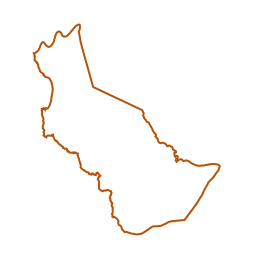 outline of Cachoeira do Arari, Pará, Brazil, rotated 356°
{"feature_id": "56859067B80263918367738", "entity_name": "Cachoeira do Arari", "entity_type": "district", "adm_level": 2, "iso_a3": "BRA", "parent_name": "Brazil", "parent_adm1": "Pará", "projection": "natural_earth1", "projection_center": [-48.919, -0.814], "detail": "fine", "context": "isolated", "style": "outline", "palette": "amber", "viewbox_px": 256, "rotation_deg": 356, "n_neighbors": 0, "source": "geoboundaries", "source_scale": "gbopen_adm2", "svg_char_len": 5376}
<svg xmlns="http://www.w3.org/2000/svg" viewBox="0 0 256 256"><g transform="rotate(356 128 128)"><path d="M209.8,182.9L210.5,182.2L211.9,180.2L212.5,179.5L214.2,177.8L215.2,176.3L216.1,174.7L216.3,173.8L216.8,173.1L216.7,172.1L215.7,171.0L213.9,170.4L213.1,170.3L211.3,169.9L210.2,169.8L209.3,169.8L208.4,169.8L206.4,169.9L205.4,170.3L204.4,170.2L202.6,170.4L201.6,170.6L200.7,170.7L199.9,170.6L199.1,170.6L197.6,170.7L196.8,170.7L195.9,170.6L195.2,170.4L194.3,170.3L192.7,169.7L191.3,168.9L190.4,168.4L189.7,168.1L188.8,167.4L188.0,166.9L187.4,166.2L186.7,165.6L185.0,164.8L184.0,164.4L183.1,164.5L182.3,164.6L181.4,164.9L180.7,164.8L180.1,163.8L179.3,163.0L177.6,162.9L175.9,163.6L175.3,164.3L174.1,165.1L173.3,163.5L173.6,162.7L174.3,162.0L174.9,161.9L175.5,161.3L175.7,160.4L175.4,159.6L174.9,159.1L173.9,159.3L173.2,160.0L172.6,159.4L172.5,158.2L172.4,156.9L172.6,155.8L173.6,155.9L174.3,155.4L174.1,154.5L173.3,153.8L172.2,153.1L171.5,152.6L171.2,151.7L171.1,150.8L170.8,149.9L169.8,149.6L168.9,149.1L168.1,148.4L167.4,148.4L166.6,148.8L165.7,148.8L165.3,147.6L164.7,146.8L164.0,146.3L163.2,145.8L162.1,145.2L161.3,145.1L160.3,145.4L158.8,145.3L158.1,144.8L157.5,143.8L157.1,142.6L156.9,141.4L156.7,140.5L155.2,139.1L154.8,138.4L155.3,137.6L155.4,136.6L154.3,135.1L153.6,134.4L153.2,133.2L152.7,132.5L152.3,131.7L152.2,130.6L151.9,129.9L151.4,129.3L151.2,128.6L150.7,127.8L150.2,126.6L149.8,125.9L149.5,125.2L149.4,124.4L148.6,123.6L147.9,123.5L147.2,123.1L146.8,122.4L146.4,121.6L146.1,120.9L145.5,120.4L145.0,119.6L144.4,117.5L144.0,116.8L144.2,115.6L144.7,114.6L144.4,113.5L144.1,112.9L143.7,112.0L143.4,111.2L97.9,85.7L96.1,84.7L93.3,71.2L87.8,44.4L86.7,38.3L85.8,29.6L85.5,28.3L86.3,27.2L86.7,26.0L87.1,24.3L87.2,22.4L86.8,21.6L86.0,21.3L85.2,21.5L84.3,21.9L82.5,23.1L81.8,23.9L79.3,26.4L76.4,29.6L74.5,31.1L73.7,31.8L72.9,32.2L72.0,32.4L71.3,32.4L70.2,32.2L69.4,31.7L68.9,31.0L68.5,30.2L68.4,29.4L67.9,28.7L67.4,27.9L66.6,27.2L65.8,26.9L64.9,27.1L63.4,28.2L62.8,29.2L61.9,31.1L61.6,32.1L61.1,33.2L60.5,35.3L59.8,37.1L58.5,38.9L57.8,39.7L57.4,40.4L55.5,41.5L54.8,41.6L53.8,41.3L52.6,40.4L51.8,39.5L50.8,37.8L50.1,36.8L48.9,36.5L48.2,36.8L47.7,37.4L46.2,39.9L45.6,41.7L44.2,44.0L42.9,45.3L40.1,46.9L39.2,46.9L39.9,48.7L39.6,49.5L40.1,50.4L39.9,51.2L39.7,52.0L39.9,52.9L39.5,53.6L40.1,54.6L40.5,55.2L41.2,55.5L41.7,56.0L41.8,57.1L42.5,57.6L42.7,58.4L42.7,59.2L42.9,60.4L42.9,61.5L43.5,62.5L43.9,63.3L44.0,64.3L44.2,65.1L44.8,66.1L45.5,66.6L46.3,67.0L47.0,67.9L47.7,68.6L47.4,69.4L48.4,70.1L48.6,70.9L49.3,71.3L50.2,71.7L51.4,71.9L52.3,72.5L53.2,73.3L53.8,74.7L54.2,75.5L54.8,76.9L55.1,77.9L55.1,78.7L55.6,82.1L55.7,83.2L55.5,85.4L55.1,86.7L54.9,88.0L54.6,89.1L54.3,90.0L53.9,91.5L53.6,93.3L53.1,95.5L51.8,99.1L50.7,101.1L49.9,102.1L49.2,103.0L48.4,103.0L47.6,102.4L47.1,103.1L46.7,103.9L46.3,103.0L45.6,102.5L45.4,103.5L44.6,103.3L43.9,102.6L43.2,103.0L43.7,104.0L43.1,104.8L43.4,106.4L43.3,107.3L43.0,108.4L43.3,109.6L43.4,110.5L43.9,111.2L44.1,111.9L44.1,112.8L44.3,113.9L43.9,114.7L43.8,115.8L44.3,116.4L44.3,117.5L43.8,118.4L43.0,120.4L43.0,121.2L43.3,122.9L43.9,123.5L44.4,124.6L44.0,125.4L43.4,126.3L43.9,128.1L43.6,128.9L43.3,129.6L44.0,130.0L44.4,130.9L45.4,131.0L45.9,131.5L46.2,130.6L46.9,130.2L47.7,130.0L49.3,130.1L50.1,130.4L51.0,130.3L51.6,129.6L52.7,129.4L52.8,130.2L52.6,131.1L53.1,131.8L54.3,135.2L55.0,135.8L55.8,135.7L56.2,136.3L56.6,137.2L57.2,137.7L57.6,138.5L58.5,139.7L59.1,139.9L59.7,140.4L60.4,141.3L61.1,141.9L61.8,142.3L61.8,143.3L62.5,143.6L63.2,144.3L63.9,144.1L65.3,144.5L65.7,145.2L65.7,146.0L66.4,146.4L66.2,147.2L67.5,147.5L67.7,148.4L68.5,148.4L69.5,148.6L70.3,148.9L71.0,148.7L71.9,148.5L72.0,149.4L72.8,149.3L73.7,148.7L74.3,149.2L74.8,149.7L76.3,150.0L75.8,151.4L76.1,152.2L76.2,153.3L76.9,155.0L77.0,156.2L77.2,157.4L77.5,158.1L77.6,159.1L77.9,160.2L78.3,161.0L78.2,161.8L78.1,162.9L78.0,164.1L79.1,165.4L79.6,166.0L80.4,166.7L81.2,167.0L81.9,167.8L82.7,168.2L83.2,168.7L84.2,169.4L85.0,169.4L85.6,169.9L86.0,170.5L86.1,171.4L86.9,171.5L87.6,171.5L88.3,171.9L88.8,171.1L89.5,170.7L90.1,171.1L90.4,171.9L91.2,172.2L91.8,172.6L92.5,172.8L92.9,171.9L93.3,170.8L94.0,170.4L94.6,170.4L95.0,171.3L95.5,172.0L96.1,172.5L96.3,173.3L97.0,173.8L96.4,174.4L95.5,174.7L95.2,175.8L94.6,176.2L94.3,177.0L94.7,177.8L95.4,179.6L95.4,180.8L95.2,181.8L95.2,182.5L94.9,183.3L95.0,184.4L94.8,186.0L95.0,186.8L97.0,188.6L98.5,189.4L99.8,188.6L100.6,188.9L101.9,188.8L102.5,188.4L103.2,188.6L103.9,188.5L104.9,189.1L105.6,189.8L106.5,189.8L107.1,191.5L106.5,192.4L106.5,193.5L105.7,194.0L105.5,195.5L104.9,196.1L105.0,197.0L105.6,197.6L105.3,198.9L105.9,199.9L106.1,200.8L107.1,201.6L106.9,202.6L106.4,203.2L106.4,204.7L107.3,206.3L107.0,207.5L107.0,209.1L106.9,211.2L106.0,212.7L106.5,213.5L106.4,214.4L106.2,215.1L106.8,216.0L108.0,215.6L108.9,216.3L110.8,218.0L112.0,220.0L111.8,220.9L111.6,222.6L112.3,224.3L113.7,224.9L114.4,226.0L114.7,227.0L115.0,228.6L116.5,230.7L117.5,231.6L118.4,231.3L119.5,231.7L123.1,233.2L128.9,234.7L133.1,234.7L136.0,233.5L138.6,232.1L140.7,230.9L144.6,228.5L146.2,227.9L149.9,228.0L153.3,228.0L155.2,227.5L158.6,226.2L161.8,224.7L162.7,224.4L164.8,224.1L177.9,223.7L180.2,221.1L182.7,218.2L185.5,215.0L191.7,207.5L194.9,203.0L197.1,200.2L199.6,195.5L202.0,191.8L202.6,190.9L203.4,189.9L203.8,188.8L204.3,188.0L205.6,186.8L206.1,186.2L208.7,184.1L209.8,182.9Z" fill="none" stroke="#b45309" stroke-width="2"/></g></svg>